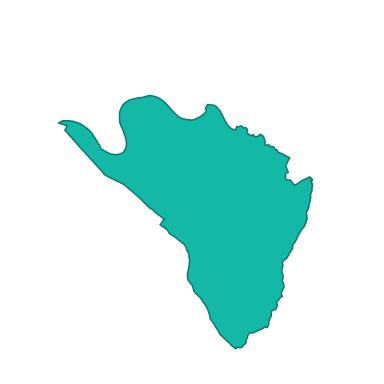 outline of Gardani, Maramures, Romania, rotated 221°
{"feature_id": "2599482B85171086128342", "entity_name": "Gardani", "entity_type": "district", "adm_level": 2, "iso_a3": "ROU", "parent_name": "Romania", "parent_adm1": "Maramures", "projection": "robinson", "projection_center": [23.284, 47.559], "detail": "fine", "context": "isolated", "style": "filled", "palette": "teal", "viewbox_px": 384, "rotation_deg": 221, "n_neighbors": 0, "source": "geoboundaries", "source_scale": "gbopen_adm2", "svg_char_len": 5952}
<svg xmlns="http://www.w3.org/2000/svg" viewBox="0 0 384 384"><g transform="rotate(221 192 192)"><path d="M237.7,268.1L236.5,263.5L235.2,263.5L234.6,262.5L234.3,261.3L234.2,259.0L235.2,254.4L236.0,251.9L238.0,247.9L239.0,246.5L240.4,245.3L243.1,243.4L246.5,241.5L249.7,240.3L251.6,240.0L255.4,240.1L260.6,240.5L269.6,241.7L274.7,241.7L278.4,241.1L280.2,240.7L283.3,239.4L286.4,237.6L287.6,236.6L292.1,230.0L295.4,226.5L299.8,219.9L301.0,215.6L301.3,212.9L300.9,210.7L300.1,207.8L299.0,204.9L298.2,203.6L292.8,197.7L290.3,196.0L288.8,195.2L287.1,194.6L278.6,190.0L276.7,188.7L272.8,185.1L271.2,182.6L270.4,180.6L269.9,177.4L270.0,176.3L270.6,174.8L272.3,172.0L274.3,170.0L277.5,167.8L279.3,167.1L282.2,166.2L288.6,165.0L290.0,165.1L291.3,166.1L301.3,169.3L304.1,170.1L306.1,170.7L311.0,171.2L317.8,170.7L320.9,170.2L323.0,169.6L328.5,167.1L332.3,164.5L336.0,161.3L337.3,158.4L337.8,156.7L329.6,160.1L329.1,158.3L329.0,157.1L328.7,156.1L328.4,155.1L327.3,155.1L321.9,154.4L318.7,154.1L318.3,154.0L316.2,153.6L314.8,153.6L309.6,152.8L306.2,152.2L302.6,151.8L300.4,151.8L299.3,151.6L297.3,151.4L296.4,151.0L295.1,151.1L293.8,151.0L291.7,150.5L290.2,150.4L281.6,149.5L278.1,148.9L275.3,148.7L270.1,147.9L269.7,147.7L268.8,147.8L263.0,149.1L248.5,153.0L231.8,153.2L225.0,153.0L222.0,152.7L219.0,152.4L212.9,152.2L212.5,152.2L212.1,152.4L210.9,152.7L209.4,152.9L208.7,152.8L207.3,152.4L195.3,153.3L194.5,146.4L186.5,147.3L185.8,147.2L183.7,146.5L181.9,145.8L181.4,145.8L178.7,146.4L174.5,146.9L169.7,147.0L164.9,147.3L163.4,147.2L161.9,147.0L160.4,146.6L158.7,145.2L158.1,144.8L155.3,143.9L153.7,143.1L153.4,142.8L152.2,141.5L148.7,138.5L148.4,138.1L145.3,133.5L144.7,132.4L143.0,129.6L141.8,127.4L141.2,126.5L138.3,123.7L136.9,123.0L135.9,122.6L131.0,121.7L128.6,120.6L126.6,119.1L125.4,118.5L125.1,118.5L123.7,118.1L122.8,118.0L119.7,117.9L119.4,117.9L118.8,117.7L116.6,117.6L114.1,117.1L112.7,116.7L111.2,116.1L109.5,115.9L108.2,115.5L107.2,115.4L106.0,114.9L102.2,113.2L100.0,111.8L98.5,111.1L95.4,108.5L94.1,107.9L92.8,107.6L91.2,107.5L90.1,107.0L87.1,106.3L84.2,105.2L81.6,104.6L79.7,103.7L78.4,103.2L77.0,102.9L70.9,102.6L67.7,102.5L64.5,102.6L62.9,102.2L61.5,102.1L57.8,102.2L56.3,102.4L56.1,102.6L56.0,103.0L56.2,103.4L56.6,103.7L56.7,103.9L56.5,104.0L56.0,104.0L55.7,104.2L55.4,104.6L55.1,105.6L54.0,105.6L53.5,106.0L53.2,106.4L52.3,108.3L52.2,108.6L52.3,108.9L52.9,109.5L52.9,109.8L52.5,110.7L52.3,111.6L52.1,112.5L52.4,113.9L52.6,114.1L53.0,114.3L53.3,114.5L54.9,118.9L55.8,120.6L56.1,122.1L56.1,122.7L56.0,123.2L55.7,123.7L54.2,125.0L53.5,125.8L52.8,127.4L51.9,128.9L51.7,129.7L51.1,131.0L50.5,132.1L48.7,136.1L48.7,136.4L48.9,137.0L48.8,137.6L48.7,138.0L48.4,138.1L47.6,138.2L47.2,138.4L46.5,138.8L46.2,139.2L46.5,140.3L46.8,141.3L47.4,142.4L47.7,143.0L49.0,144.4L49.4,145.5L49.9,146.3L50.0,147.2L50.6,149.0L50.7,150.1L50.9,150.5L51.9,151.9L53.3,152.9L53.6,153.4L53.7,154.9L53.4,155.8L52.8,156.8L51.8,158.0L51.7,158.4L52.2,159.2L52.3,160.0L52.6,160.6L52.7,161.5L53.1,162.4L53.7,163.0L55.0,163.5L55.4,163.7L55.5,164.0L55.9,165.0L56.0,165.5L55.8,168.2L56.0,169.4L56.0,170.9L55.4,172.2L55.4,172.6L55.7,172.9L56.1,172.9L57.1,173.4L58.5,174.7L58.8,175.1L59.5,178.6L60.0,180.0L60.1,180.4L60.7,181.3L63.0,183.1L63.9,183.5L64.6,183.7L65.3,184.1L65.7,184.6L66.0,185.1L66.6,186.5L67.4,187.5L68.3,188.5L69.5,189.4L70.6,189.9L72.0,190.9L73.1,192.5L73.8,193.6L73.7,193.8L74.1,194.5L74.6,194.8L74.9,195.2L75.2,196.1L75.6,196.7L77.1,197.4L77.5,198.0L77.7,199.0L77.7,199.7L77.6,202.1L77.1,203.8L77.2,204.9L77.3,205.9L77.7,206.6L77.5,207.6L78.3,208.9L78.1,210.3L78.1,211.1L78.3,211.5L78.8,212.1L78.8,212.3L78.6,214.0L78.6,214.6L78.9,215.2L79.5,215.7L79.5,216.0L80.8,217.7L81.6,218.6L81.6,219.1L81.1,220.5L81.4,221.3L81.4,221.9L81.8,222.7L81.9,224.8L82.2,225.5L82.3,225.9L82.6,226.1L82.6,227.0L82.9,227.5L83.1,228.1L83.5,229.2L83.4,229.7L83.7,230.8L83.8,231.6L83.9,232.3L84.1,232.8L84.2,233.8L84.7,235.6L84.7,235.9L84.5,236.8L84.7,238.9L84.6,239.4L84.8,240.5L85.4,241.9L85.8,242.3L85.8,243.3L86.0,244.0L86.3,244.5L87.3,245.9L87.3,247.1L87.7,247.7L88.4,247.9L88.8,248.1L89.6,249.5L90.1,249.8L90.9,250.0L91.2,250.3L91.6,251.0L92.5,252.2L92.6,252.6L92.6,253.6L92.9,254.8L93.7,256.4L94.0,257.7L94.7,258.1L95.9,260.0L96.3,260.9L96.3,261.8L98.0,264.4L98.6,265.1L98.8,265.9L100.6,267.2L100.9,268.1L101.0,268.6L101.5,269.3L102.0,270.9L103.0,272.6L104.5,274.3L105.2,275.9L105.4,276.3L106.4,276.5L106.7,276.8L106.7,277.1L107.3,277.2L107.5,277.6L107.8,277.9L108.6,278.0L109.3,277.9L109.7,278.2L109.6,278.5L109.8,278.9L109.8,279.1L109.5,279.4L109.4,279.7L108.9,279.7L109.0,280.2L109.6,280.6L110.2,280.3L111.4,280.6L112.5,280.7L113.0,280.6L116.8,272.0L117.5,268.5L118.4,265.8L119.3,264.4L119.6,264.5L121.3,264.8L125.5,265.3L126.1,265.3L126.4,265.2L126.6,264.6L127.0,264.1L128.4,263.7L129.2,263.1L129.5,263.2L130.0,263.5L131.0,264.0L131.4,264.6L131.4,265.3L131.7,265.7L133.1,266.5L133.8,267.4L132.1,269.8L138.6,273.5L140.7,281.9L146.0,280.7L146.3,280.7L149.2,279.9L153.2,278.6L153.7,278.6L154.5,279.2L155.1,279.4L157.6,278.7L158.7,279.3L160.3,279.4L160.6,279.3L161.4,278.5L163.0,277.7L163.4,277.8L164.1,278.1L164.7,278.0L165.5,277.5L166.3,276.4L167.0,275.7L167.6,275.6L168.0,275.7L168.5,276.0L168.9,276.5L169.2,277.1L169.9,278.0L171.8,279.3L173.1,280.1L173.7,280.3L174.6,280.9L175.1,280.9L176.3,280.5L178.0,280.6L178.5,279.6L178.8,278.8L178.9,278.1L178.8,277.4L178.9,276.9L179.4,276.4L180.4,275.0L180.8,274.8L181.3,274.7L181.6,274.8L182.5,275.5L183.2,275.5L183.8,274.8L183.8,274.1L184.0,273.5L184.3,273.3L185.0,273.1L186.8,272.9L188.1,272.6L188.7,272.6L189.5,272.9L190.0,273.4L190.4,274.7L190.8,275.1L191.8,275.7L192.3,275.8L192.9,275.9L193.6,275.7L194.1,275.3L194.9,274.2L195.3,274.0L196.5,274.4L197.0,274.5L197.9,274.3L198.4,273.9L199.5,272.0L200.2,271.1L201.1,270.9L199.9,267.3L200.6,266.9L202.0,266.2L203.9,265.7L206.6,265.7L209.1,265.9L210.4,266.2L216.6,268.6L223.6,271.5L229.3,272.4L232.4,271.9L237.7,268.1Z" fill="#14b8a6" stroke="#0f766e" stroke-width="1.5"/></g></svg>